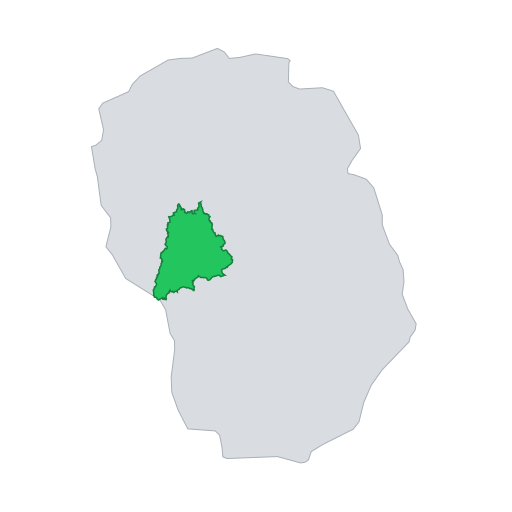 Prilep, Prilep, North Macedonia (highlighted), rotated 84°
{"feature_id": "65306769B638558710054", "entity_name": "Prilep", "entity_type": "district", "adm_level": 2, "iso_a3": "MKD", "parent_name": "North Macedonia", "parent_adm1": "Prilep", "projection": "robinson", "projection_center": [21.661, 41.283], "detail": "fine", "context": "in_parent", "style": "filled", "palette": "green", "viewbox_px": 512, "rotation_deg": 84, "n_neighbors": 0, "source": "geoboundaries", "source_scale": "gbopen_adm2", "svg_char_len": 4244}
<svg xmlns="http://www.w3.org/2000/svg" viewBox="0 0 512 512"><g transform="rotate(84 256 256)"><path d="M229.1,126.2L238.2,127.2L258.1,122.1L270.4,114.9L276.7,113.9L285.1,111.1L297.1,111.5L309.4,114.6L324.9,110.5L340.1,103.8L346.3,105.5L352.9,111.2L357.3,112.7L382.7,142.8L396.6,154.9L413.0,164.2L431.7,170.9L438.4,177.4L450.5,209.4L456.3,221.5L464.2,225.1L466.2,228.6L466.5,233.2L457.7,255.7L454.4,306.0L452.2,310.0L442.9,309.8L430.4,310.9L425.7,314.8L420.8,341.9L400.9,349.6L382.7,354.0L367.4,353.0L340.4,346.6L331.6,345.9L324.1,349.5L300.1,351.5L289.6,356.2L264.8,387.9L239.7,398.8L231.1,404.3L211.9,397.3L202.8,396.6L189.5,404.7L160.3,405.5L152.5,406.9L130.0,408.2L129.1,403.8L124.9,397.4L114.5,394.4L93.1,397.0L87.9,392.3L79.2,365.4L72.4,361.1L64.7,352.1L51.9,322.9L51.6,310.1L52.5,298.9L45.5,272.7L49.9,266.1L56.7,261.9L56.8,251.4L55.0,235.3L63.0,203.9L65.2,201.6L67.2,203.1L86.3,205.6L91.3,201.6L94.5,195.4L95.6,172.4L100.2,161.8L146.5,141.5L160.1,140.8L170.5,150.1L178.8,156.0L183.7,155.8L185.5,149.8L191.2,138.3L200.7,131.7L228.8,126.1L229.1,126.2Z" fill="#d9dde1" stroke="#a8b0b8" stroke-width="1"/><path d="M264.2,285.7L263.0,284.9L261.0,281.4L259.9,280.3L257.2,279.7L256.5,280.9L255.1,280.2L254.0,280.1L253.2,281.3L251.5,282.1L250.5,283.4L248.2,284.2L246.9,285.3L247.4,287.9L245.8,289.5L244.0,289.2L243.3,290.1L242.6,287.4L241.3,287.3L240.1,285.4L237.7,285.7L236.5,286.5L235.2,287.0L233.4,286.9L232.9,287.2L232.7,288.6L232.0,288.9L232.0,290.6L231.2,291.0L232.3,293.6L231.3,294.1L228.8,294.3L228.7,295.0L227.4,295.9L224.8,296.4L224.7,297.2L219.6,296.1L219.0,296.8L218.3,296.6L217.7,297.8L217.9,297.3L216.7,298.3L216.3,297.9L215.8,298.8L213.9,298.9L212.0,297.6L211.2,298.8L210.1,298.8L209.3,300.6L208.9,300.5L208.7,301.4L209.0,301.5L208.3,303.3L207.7,303.1L207.3,303.6L205.3,304.2L202.9,304.2L201.5,305.1L198.0,305.3L197.0,305.7L196.5,305.3L197.4,307.6L200.0,307.4L201.7,307.9L202.3,309.0L204.1,309.2L204.2,312.6L205.4,313.1L207.2,312.2L206.9,312.8L207.5,314.0L207.1,314.9L204.2,314.9L204.2,315.6L205.1,315.6L205.2,317.5L205.9,318.1L204.9,319.1L205.1,319.6L206.4,320.5L205.1,322.4L204.2,321.9L203.2,322.5L202.5,322.2L201.6,323.2L202.0,323.8L202.0,324.5L201.7,324.5L202.1,325.4L200.1,325.4L198.2,326.3L198.4,326.7L196.6,326.8L196.5,327.3L196.2,327.6L197.5,328.7L200.4,328.8L202.0,330.1L203.5,330.3L204.6,333.7L205.4,333.2L206.2,333.9L206.6,333.6L206.5,334.0L207.5,335.0L208.0,337.3L207.8,338.6L211.1,337.9L213.4,338.0L213.9,340.3L215.7,340.1L215.8,340.9L218.7,340.9L219.6,341.6L219.7,342.3L221.3,342.2L222.0,341.8L222.0,341.3L223.4,341.3L223.3,340.7L223.7,340.5L224.2,341.6L226.0,341.0L227.1,341.6L227.5,341.1L228.0,341.4L228.3,342.7L230.1,343.9L233.1,343.8L234.7,345.2L236.0,344.7L237.3,343.3L238.6,343.3L239.6,344.3L238.8,345.1L239.1,345.6L241.9,347.7L241.7,348.2L242.8,349.0L242.7,349.9L244.2,350.5L248.1,351.3L248.1,350.6L251.5,349.4L251.7,349.5L251.1,350.2L252.7,350.4L253.4,351.1L255.6,351.4L257.0,352.8L258.9,353.2L259.6,354.1L263.0,354.2L263.2,354.9L264.1,355.0L264.4,356.0L265.4,356.0L265.5,356.6L266.6,356.3L267.4,357.3L268.6,357.5L269.0,358.2L270.9,359.1L273.1,357.9L274.1,357.9L276.1,359.2L276.1,360.2L277.4,360.4L279.2,361.7L282.8,361.6L284.4,362.0L285.3,361.3L286.3,361.3L286.6,360.3L286.8,359.6L287.2,359.1L287.7,359.1L288.3,358.9L289.3,357.9L289.6,357.7L287.6,353.1L288.4,352.8L289.2,353.2L289.5,351.9L288.5,351.4L289.2,350.9L289.0,350.4L289.9,350.3L290.0,349.9L289.1,349.6L287.8,349.9L285.3,349.1L284.0,347.6L283.5,346.1L282.1,346.2L281.9,345.5L281.0,345.0L282.5,344.5L283.0,342.6L282.6,342.4L283.7,341.5L282.7,340.2L282.8,338.6L283.5,338.0L282.3,338.0L281.6,337.6L281.3,336.1L280.1,335.2L279.0,331.6L279.9,329.2L280.5,328.6L280.4,326.6L281.6,325.1L281.7,323.4L282.6,323.1L283.9,321.5L283.2,320.9L281.4,321.2L280.2,320.4L278.0,321.9L276.4,321.4L275.7,322.0L275.0,321.3L273.8,321.8L273.5,320.4L273.9,320.2L272.3,318.9L270.9,316.0L269.7,315.4L271.7,313.0L271.7,311.2L272.2,310.4L272.0,309.3L272.5,307.9L273.3,307.0L274.2,307.0L275.0,306.5L275.2,305.9L274.8,304.3L272.8,302.2L271.9,300.5L271.9,298.6L271.1,295.5L271.4,294.6L272.8,293.2L272.1,290.3L271.7,290.0L271.8,289.0L269.5,291.4L266.3,291.7L265.5,290.6L265.2,288.1L264.3,286.7L263.7,286.5L264.2,285.7Z" fill="#22c55e" stroke="#15803d" stroke-width="1.5"/></g></svg>